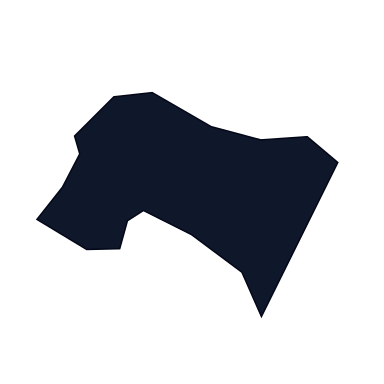 map outline of Għasri (orthographic projection), rotated 125°
{"feature_id": "MLT-5976", "entity_name": "Għasri", "entity_type": "state/province", "adm_level": 1, "iso_a3": "MLT", "parent_name": "Malta", "parent_adm1": "", "projection": "orthographic", "projection_center": [14.227, 36.06], "detail": "fine", "context": "isolated", "style": "filled", "palette": "ink", "viewbox_px": 384, "rotation_deg": 125, "n_neighbors": 0, "source": "natural_earth", "source_scale": "10m", "svg_char_len": 381}
<svg xmlns="http://www.w3.org/2000/svg" viewBox="0 0 384 384"><g transform="rotate(125 192 192)"><path d="M84.2,89.5L254.2,63.7L229.1,105.1L227.2,168.0L235.0,221.2L252.6,228.4L279.9,218.7L299.5,245.3L303.4,303.3L262.3,300.9L225.2,305.8L213.5,320.3L158.8,310.6L133.4,281.6L127.5,213.9L109.9,165.6L80.6,129.3L84.2,89.5Z" fill="#0f172a" stroke="#020617" stroke-width="1.5"/></g></svg>